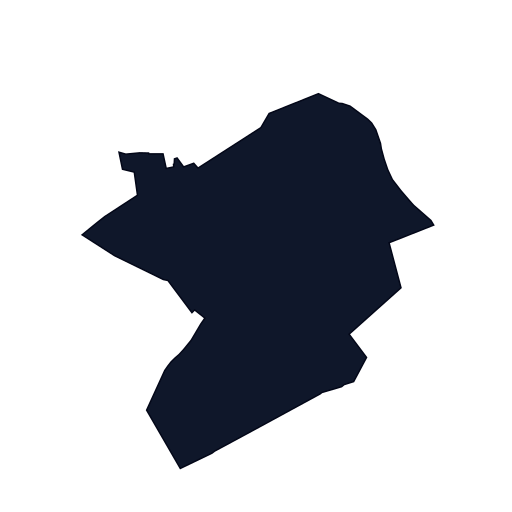 San Pedro Huilotepec, Oaxaca, Mexico, rotated 331°
{"feature_id": "50627088B95823703816090", "entity_name": "San Pedro Huilotepec", "entity_type": "district", "adm_level": 2, "iso_a3": "MEX", "parent_name": "Mexico", "parent_adm1": "Oaxaca", "projection": "orthographic", "projection_center": [-95.147, 16.245], "detail": "fine", "context": "isolated", "style": "filled", "palette": "ink", "viewbox_px": 512, "rotation_deg": 331, "n_neighbors": 0, "source": "geoboundaries", "source_scale": "gbopen_adm2", "svg_char_len": 1128}
<svg xmlns="http://www.w3.org/2000/svg" viewBox="0 0 512 512"><g transform="rotate(331 256 256)"><path d="M128.0,150.7L114.2,153.2L132.5,187.2L162.4,230.0L163.5,231.6L167.1,234.7L172.5,274.5L176.2,273.4L181.2,285.5L174.6,288.8L164.9,294.5L158.4,298.3L147.2,302.8L140.9,304.9L135.6,306.0L130.5,307.4L125.8,309.4L120.7,311.9L85.6,337.8L86.8,405.1L121.9,407.1L125.2,406.6L170.0,407.1L245.5,407.7L247.3,407.3L267.5,411.8L270.7,411.2L280.5,413.2L303.5,398.3L299.5,369.5L367.4,354.1L378.8,308.9L426.4,315.1L426.2,309.7L418.5,288.3L417.8,285.4L417.0,281.7L415.9,276.4L414.5,269.6L414.2,267.8L412.3,255.3L413.0,244.8L413.2,243.5L415.1,233.0L415.2,232.7L417.6,223.0L417.7,222.7L419.5,217.8L422.0,203.6L421.6,195.8L420.0,190.5L410.9,170.5L405.3,164.4L402.5,162.6L389.3,144.3L336.6,137.7L322.5,146.1L247.9,151.0L246.5,144.7L235.9,143.0L234.5,132.0L231.8,131.5L229.1,135.8L228.3,135.8L227.3,138.2L224.4,137.3L219.9,135.9L224.2,121.6L222.2,120.5L211.7,114.7L212.0,113.9L204.3,109.4L191.5,103.8L186.5,98.8L181.3,115.4L190.2,123.6L181.8,145.4L142.9,148.2L134.3,149.6L128.0,150.7Z" fill="#0f172a" stroke="#020617" stroke-width="1.5"/></g></svg>